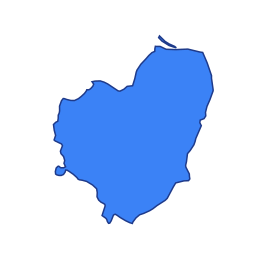 map outline of Lithuania (Mercator projection), rotated 105°
{"feature_id": "LTU", "entity_name": "Lithuania", "entity_type": "country or territory", "adm_level": 0, "iso_a3": "LTU", "parent_name": "Europe", "parent_adm1": "", "projection": "mercator", "projection_center": [24.055, 55.152], "detail": "fine", "context": "isolated", "style": "filled", "palette": "blue", "viewbox_px": 256, "rotation_deg": 105, "n_neighbors": 0, "source": "natural_earth", "source_scale": "50m", "svg_char_len": 1940}
<svg xmlns="http://www.w3.org/2000/svg" viewBox="0 0 256 256"><g transform="rotate(105 128 128)"><path d="M92.6,174.7L91.2,171.9L89.7,167.0L89.9,163.0L90.7,159.0L94.7,147.2L94.5,145.3L91.6,142.0L88.0,139.6L86.0,134.5L78.7,134.2L71.8,134.5L69.7,134.3L63.1,132.1L56.8,128.7L52.5,126.6L49.0,124.4L47.1,122.0L44.1,122.6L42.0,122.7L42.0,122.3L40.9,118.0L42.1,111.6L39.9,102.1L36.3,90.6L36.0,78.2L35.7,75.4L44.6,68.4L55.8,60.9L58.4,60.2L68.7,55.8L70.1,55.4L79.4,56.2L86.7,57.3L92.8,57.2L96.2,56.0L99.3,57.0L101.7,60.3L104.3,60.0L106.8,57.8L120.6,59.8L123.7,59.7L127.2,60.0L133.6,62.1L137.4,63.9L145.5,62.8L149.0,62.7L150.8,62.0L156.5,56.9L158.9,56.1L161.2,55.1L163.2,55.9L164.6,60.3L168.7,67.7L173.2,69.0L185.8,71.9L188.3,73.4L195.4,79.9L199.6,83.1L202.3,85.7L206.4,90.7L208.8,94.3L212.7,97.0L217.4,98.9L219.1,99.1L219.0,101.8L218.2,106.2L216.6,112.0L215.0,116.4L214.6,118.1L215.8,119.5L222.0,120.2L224.6,121.0L225.1,122.1L223.7,123.7L221.8,124.9L220.9,126.1L219.3,130.4L209.1,129.9L207.7,130.7L207.1,132.7L206.6,135.0L205.2,137.7L202.5,140.1L198.3,141.0L194.8,142.6L192.2,147.5L190.3,154.1L190.3,158.8L190.6,161.4L190.4,162.9L189.1,164.5L186.9,168.8L185.2,173.5L184.5,176.1L184.8,177.3L186.8,177.3L189.6,178.3L191.1,180.2L191.7,182.4L191.7,184.7L191.2,186.0L188.9,186.9L185.3,187.0L183.3,185.9L182.8,185.0L183.8,182.7L183.1,179.9L181.6,178.3L178.7,180.7L175.8,180.7L172.3,182.8L170.1,186.1L167.9,187.3L162.1,186.7L160.6,188.1L159.4,194.9L158.7,196.3L153.9,196.0L149.2,198.7L143.9,200.9L141.2,199.3L139.7,197.6L136.8,197.9L133.6,198.7L131.5,198.3L129.2,198.5L124.6,199.8L118.8,199.3L116.3,198.2L116.1,197.2L116.3,194.5L116.2,190.4L115.3,186.8L112.5,183.5L109.6,181.3L105.9,179.0L103.2,177.9L101.7,177.7L101.4,176.3L100.8,175.2L99.5,174.2L96.8,172.8L94.5,172.5L92.6,174.7ZM32.8,121.8L30.9,121.4L34.7,114.7L36.1,110.3L37.1,104.1L38.0,102.1L38.0,105.0L37.7,109.7L35.3,117.6L32.8,121.8Z" fill="#3b82f6" stroke="#1e3a8a" stroke-width="1.5"/></g></svg>